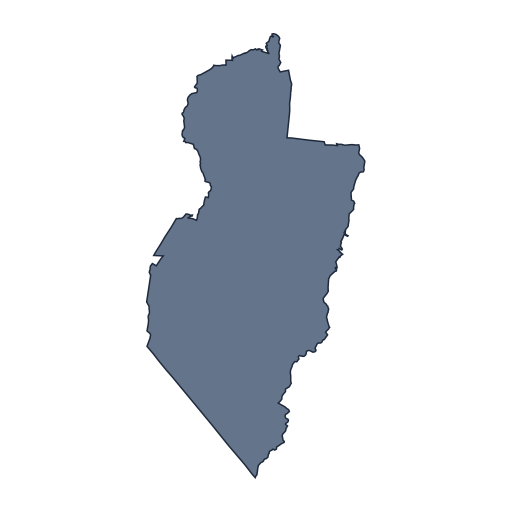 outline of Cacahoatán, Chiapas, Mexico, rotated 178°
{"feature_id": "50627088B46673290590082", "entity_name": "Cacahoatán", "entity_type": "district", "adm_level": 2, "iso_a3": "MEX", "parent_name": "Mexico", "parent_adm1": "Chiapas", "projection": "orthographic", "projection_center": [-92.167, 15.088], "detail": "fine", "context": "isolated", "style": "filled", "palette": "slate", "viewbox_px": 512, "rotation_deg": 178, "n_neighbors": 0, "source": "geoboundaries", "source_scale": "gbopen_adm2", "svg_char_len": 6101}
<svg xmlns="http://www.w3.org/2000/svg" viewBox="0 0 512 512"><g transform="rotate(178 256 256)"><path d="M291.6,448.1L291.9,447.1L293.6,445.2L295.9,443.7L304.8,439.2L307.6,438.5L308.7,437.6L308.6,432.2L308.9,430.4L310.2,429.0L311.6,427.1L311.3,426.5L310.2,426.0L309.4,425.9L308.9,425.4L308.8,423.6L309.1,422.1L309.9,421.3L314.5,420.5L316.4,419.2L318.2,417.1L318.9,415.4L319.1,414.1L318.5,411.1L318.8,409.9L319.6,408.3L321.4,407.0L322.9,404.5L323.1,403.0L323.7,401.9L324.9,401.2L324.9,400.0L323.6,398.0L323.2,396.8L322.9,396.3L323.5,393.2L323.3,392.1L322.9,387.0L323.8,384.9L324.8,383.7L325.0,383.8L325.7,379.9L325.4,378.4L325.2,378.0L324.5,376.9L324.0,376.9L323.8,376.6L323.0,376.0L324.2,373.1L322.7,372.8L322.3,371.8L319.8,371.7L314.7,369.8L313.8,365.5L311.9,364.8L310.5,362.8L309.1,358.6L308.4,357.2L308.0,354.6L308.6,351.8L308.1,350.2L308.7,349.4L308.8,348.9L308.4,348.0L308.5,346.9L308.2,346.1L308.3,345.7L307.2,342.3L305.8,340.4L305.7,339.3L304.3,335.5L304.4,334.8L303.9,334.2L304.3,333.3L304.3,332.3L300.2,331.0L299.5,330.4L299.3,329.6L299.1,328.1L298.9,327.6L298.1,326.7L298.9,323.1L299.8,322.6L300.3,321.9L301.0,321.6L301.3,321.2L301.4,320.3L301.2,319.8L301.3,318.0L301.6,316.0L303.0,316.5L304.5,316.7L305.7,312.9L306.5,308.7L309.2,306.2L309.7,305.5L310.7,305.1L311.2,304.6L311.7,301.8L312.2,300.3L313.0,299.2L313.4,295.9L314.2,293.7L316.3,294.8L318.1,295.5L320.2,296.0L323.1,296.3L322.0,296.6L320.3,298.0L318.4,298.2L318.1,299.1L320.4,299.1L321.5,299.9L322.4,300.0L323.2,300.4L324.1,300.2L324.5,300.4L327.3,297.3L328.6,296.4L329.6,296.2L331.6,296.3L333.4,296.0L334.3,296.2L340.0,287.3L346.2,278.5L351.2,270.7L356.1,263.5L358.2,260.1L348.7,259.3L351.1,256.6L356.0,249.7L359.8,252.1L360.3,251.6L361.9,249.5L362.2,248.1L362.3,246.3L363.0,244.6L363.2,243.2L362.3,241.4L362.3,240.9L361.9,240.6L366.9,213.9L364.6,209.4L364.7,206.9L364.4,203.7L364.7,201.9L365.3,201.0L365.8,199.8L365.9,198.9L365.6,195.4L366.0,192.1L367.5,185.2L367.3,184.6L365.2,182.8L364.2,181.4L364.1,180.7L364.9,177.3L368.1,169.5L362.0,161.8L356.8,154.5L349.6,145.1L344.0,138.2L306.2,89.1L290.5,68.1L274.7,48.2L267.3,37.9L264.5,34.5L263.9,36.0L262.8,37.2L262.0,41.2L261.9,42.5L260.9,46.8L260.2,47.3L259.0,48.7L258.1,49.5L256.7,50.0L255.7,50.7L255.6,51.5L254.5,52.7L252.8,53.2L252.2,53.6L251.1,54.6L250.6,57.1L250.3,57.7L249.8,58.1L249.7,59.3L249.4,60.1L248.2,61.0L247.3,61.2L245.7,62.4L244.2,61.4L242.4,62.2L241.9,64.5L239.3,66.0L237.5,67.3L235.5,68.3L234.5,68.6L234.3,69.0L234.2,69.8L234.9,70.4L235.4,71.1L236.1,75.7L235.4,77.2L232.6,80.0L231.9,82.7L230.4,85.1L232.1,86.5L232.4,87.1L232.1,87.6L230.2,88.8L229.6,89.6L229.4,90.8L229.6,91.6L231.9,92.9L232.5,94.5L232.4,95.4L232.1,96.5L231.4,97.0L230.5,97.4L228.1,99.4L228.8,101.4L230.2,102.2L232.2,104.1L238.9,108.2L236.4,110.5L235.2,112.1L235.1,113.8L234.8,115.1L233.2,117.5L231.9,118.6L231.2,119.7L231.3,121.8L230.5,122.4L227.7,123.9L227.2,124.3L225.2,127.7L225.7,129.8L225.5,133.5L225.5,135.9L225.7,136.5L225.7,139.2L225.3,141.0L223.6,145.0L223.3,146.3L221.0,149.1L218.9,148.9L218.4,149.4L217.4,150.9L216.8,151.3L216.7,152.1L217.1,153.0L217.1,154.1L215.9,155.0L215.1,154.6L211.9,154.0L211.1,154.3L209.6,155.7L208.8,158.9L207.9,159.5L206.9,159.7L205.5,159.6L202.6,157.9L200.8,158.1L199.4,159.2L199.5,160.3L200.1,161.1L200.0,162.2L198.3,165.4L197.7,166.3L196.8,167.0L196.2,166.8L194.6,166.8L193.5,167.3L192.8,168.3L192.6,169.1L191.7,169.8L190.7,170.1L187.2,174.7L189.1,177.5L187.4,179.3L186.0,180.5L185.5,181.5L184.9,182.1L185.5,183.0L186.9,188.6L187.2,190.8L187.5,191.5L187.7,192.5L187.1,194.3L186.7,196.0L185.9,197.2L185.9,197.9L185.2,200.6L185.7,201.5L186.0,203.3L186.8,203.9L187.4,205.3L189.7,207.5L190.3,210.4L190.2,211.5L186.1,216.4L185.0,218.3L185.1,221.8L184.2,230.5L182.5,233.8L178.6,237.1L178.2,237.3L177.8,237.9L176.7,238.0L176.2,238.3L176.0,239.7L176.3,240.6L177.1,240.5L177.0,241.7L175.3,241.5L175.8,244.7L176.5,247.4L173.0,252.0L172.8,251.6L172.1,251.9L171.5,253.2L169.3,254.7L171.4,256.5L171.5,256.9L172.2,257.1L172.1,257.5L172.3,257.9L174.1,259.4L173.6,259.4L173.2,259.3L172.7,260.7L170.1,259.0L169.5,259.9L170.3,261.5L171.3,262.9L170.2,266.7L170.8,267.5L169.5,269.2L169.6,269.7L168.9,270.3L168.7,271.0L167.2,274.4L163.8,272.5L163.3,273.0L166.3,274.8L166.0,275.5L166.3,275.7L166.1,276.0L165.8,277.6L166.6,277.2L165.4,279.5L163.0,282.3L161.8,288.7L161.8,289.4L162.0,290.5L161.4,294.9L158.9,297.1L156.8,299.2L156.8,301.0L156.1,304.7L155.5,305.2L156.5,307.5L158.6,308.5L158.9,316.1L156.1,319.6L155.9,321.7L153.9,327.9L152.1,331.4L151.2,332.6L150.1,335.3L148.6,336.1L148.0,336.3L146.0,336.3L145.5,336.8L144.9,338.6L145.2,340.3L143.9,347.0L145.6,350.0L146.8,351.5L147.8,352.6L148.9,353.4L149.0,353.9L149.8,355.1L148.7,359.9L149.4,363.5L152.1,363.4L156.2,364.0L163.4,363.6L167.0,364.7L169.4,364.7L171.5,365.4L171.4,364.7L170.9,363.5L175.7,364.2L183.0,364.6L183.9,367.8L198.9,369.9L216.4,372.7L220.9,373.0L217.6,396.8L217.2,400.5L217.1,406.8L216.9,408.7L216.2,412.4L215.7,417.0L215.7,418.4L215.2,419.9L215.2,421.1L215.0,422.4L215.0,423.7L214.5,425.2L214.4,427.0L215.5,430.7L217.0,440.5L225.4,439.1L227.3,442.8L227.5,444.1L227.0,445.0L226.1,445.6L224.5,448.6L224.9,449.2L226.3,452.3L225.7,453.7L225.6,455.5L225.7,456.2L226.0,456.9L226.0,457.7L224.3,465.4L224.5,466.2L225.6,467.6L225.7,468.3L225.7,469.7L224.7,472.7L225.7,474.6L227.8,476.5L229.7,477.3L231.2,477.5L232.2,477.3L232.3,475.8L231.0,474.7L231.5,474.3L232.8,475.1L233.5,475.1L233.8,474.9L234.3,474.1L235.7,470.1L238.3,468.2L237.4,465.7L238.5,465.2L238.7,465.4L238.9,465.3L238.9,464.2L238.5,463.2L238.2,463.0L237.6,463.3L237.4,462.9L237.9,462.1L238.0,461.7L237.8,461.2L237.0,460.9L237.2,459.8L237.1,459.2L236.0,458.2L236.2,457.9L243.4,460.4L243.3,460.9L242.9,461.5L242.5,461.7L245.9,463.0L246.2,462.2L247.4,462.6L247.9,461.9L248.8,462.5L249.5,463.1L251.2,462.1L253.7,462.4L255.9,461.2L257.3,460.0L259.7,458.9L259.9,459.3L263.1,458.1L264.3,457.4L265.4,457.1L266.7,457.1L270.0,455.6L271.4,455.4L271.9,454.6L272.3,455.1L272.9,456.7L273.1,455.6L272.5,454.4L273.2,453.9L272.7,452.4L279.2,452.8L279.3,447.9L282.9,448.0L285.4,447.5L289.4,447.7L291.6,448.1Z" fill="#64748b" stroke="#1e293b" stroke-width="1.5"/></g></svg>